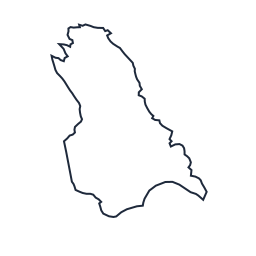 Santo Amaro das Brotas, Sergipe, Brazil (Robinson projection), rotated 285°
{"feature_id": "56859067B4442717767123", "entity_name": "Santo Amaro das Brotas", "entity_type": "district", "adm_level": 2, "iso_a3": "BRA", "parent_name": "Brazil", "parent_adm1": "Sergipe", "projection": "robinson", "projection_center": [-36.969, -10.786], "detail": "fine", "context": "isolated", "style": "outline", "palette": "slate", "viewbox_px": 256, "rotation_deg": 285, "n_neighbors": 0, "source": "geoboundaries", "source_scale": "gbopen_adm2", "svg_char_len": 1965}
<svg xmlns="http://www.w3.org/2000/svg" viewBox="0 0 256 256"><g transform="rotate(285 128 128)"><path d="M78.1,219.2L86.7,220.5L90.2,217.2L93.5,213.8L96.3,211.8L97.7,209.6L98.5,205.7L98.2,201.1L103.8,200.2L105.6,196.6L108.2,197.6L111.1,197.6L114.6,195.0L116.0,192.5L117.1,189.5L120.3,188.6L123.0,187.4L125.1,185.2L125.8,181.9L124.4,177.9L121.2,174.2L124.0,172.1L126.5,173.5L128.0,171.0L132.2,171.7L136.2,171.6L137.8,165.1L139.1,160.6L141.0,157.6L143.5,156.3L142.8,152.1L143.7,148.8L146.2,149.4L147.4,146.9L149.3,144.3L152.2,141.4L155.1,138.8L157.8,137.4L160.6,136.5L162.1,133.0L162.4,129.9L165.3,129.2L169.0,131.3L171.8,128.5L174.6,127.4L177.4,124.2L179.7,122.5L182.3,121.0L184.6,119.8L187.0,119.3L189.5,117.1L192.2,115.7L198.4,105.8L200.6,102.8L203.2,99.5L203.9,96.7L205.5,91.8L207.1,88.7L209.6,85.7L212.0,83.9L215.1,87.0L217.2,83.1L215.7,80.9L218.2,78.1L216.9,72.8L216.5,68.8L216.9,65.3L217.0,60.1L215.0,57.7L215.1,54.1L212.9,55.4L212.0,52.5L210.9,49.5L210.6,46.4L208.7,44.7L206.0,45.5L202.3,45.5L198.9,48.5L198.5,51.5L195.8,52.8L193.9,50.8L191.5,51.1L192.2,47.6L192.1,44.4L191.2,39.8L187.8,45.3L183.9,48.3L181.6,51.2L179.2,48.7L175.9,48.7L176.2,45.3L177.5,42.8L177.1,39.8L178.0,35.5L174.4,37.3L172.2,38.7L168.8,40.8L165.3,42.9L162.7,45.3L160.4,49.2L158.8,51.7L156.5,54.6L151.7,59.7L149.4,62.2L147.0,65.3L145.2,67.2L141.9,71.0L139.5,74.2L136.8,76.2L133.7,76.4L130.4,77.7L127.0,79.4L124.6,81.3L122.0,80.9L118.9,78.7L115.3,76.5L112.5,76.7L109.9,77.9L107.3,76.3L105.6,73.6L102.2,72.0L98.6,69.6L88.9,74.5L61.6,87.7L59.8,89.9L57.8,91.4L54.6,93.4L53.9,97.7L53.5,101.1L53.7,104.8L54.7,108.8L54.6,111.7L52.4,114.8L51.5,118.2L49.7,121.2L47.7,119.7L44.8,121.6L41.5,123.5L38.9,126.3L37.8,132.5L38.3,137.0L39.5,139.5L44.9,143.3L49.2,147.9L54.7,156.9L56.8,162.4L59.9,162.1L64.0,162.3L73.1,164.8L75.5,166.7L79.5,169.8L83.2,174.9L85.5,178.0L87.5,184.9L86.6,192.2L82.2,205.1L81.9,210.7L81.0,213.3L79.3,216.8L78.1,219.2Z" fill="none" stroke="#1e293b" stroke-width="2"/></g></svg>